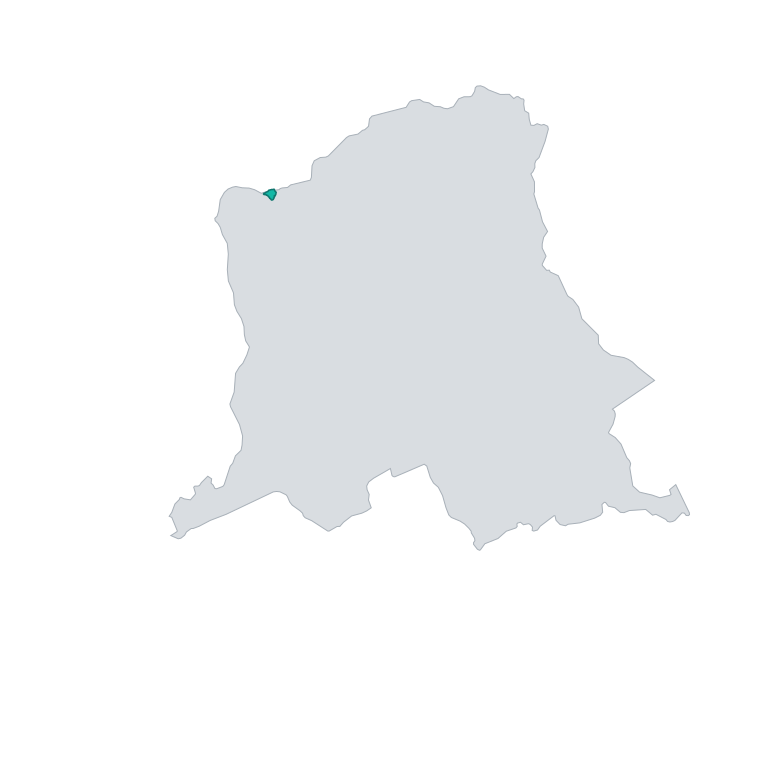 Gbadolite, Équateur, Democratic Republic of the Congo (highlighted), rotated 335°
{"feature_id": "63176286B98421000452360", "entity_name": "Gbadolite", "entity_type": "district", "adm_level": 2, "iso_a3": "COD", "parent_name": "Democratic Republic of the Congo", "parent_adm1": "Équateur", "projection": "albers", "projection_center": [20.879, 4.254], "detail": "fine", "context": "in_parent", "style": "filled", "palette": "teal", "viewbox_px": 768, "rotation_deg": 335, "n_neighbors": 0, "source": "geoboundaries", "source_scale": "gbopen_adm2", "svg_char_len": 5405}
<svg xmlns="http://www.w3.org/2000/svg" viewBox="0 0 768 768"><g transform="rotate(335 384 384)"><path d="M630.7,495.1L580.4,503.3L581.4,506.0L580.9,508.9L579.7,511.2L574.6,517.2L567.0,522.8L567.0,524.1L570.9,530.2L573.4,538.6L572.9,553.3L574.0,557.3L573.9,560.4L571.3,563.9L566.4,581.5L569.9,590.0L580.0,597.9L585.9,603.7L595.9,605.7L597.5,605.4L598.1,600.5L605.9,598.5L606.3,629.7L605.7,631.5L604.3,631.9L602.3,630.9L601.7,628.0L599.6,626.7L590.0,630.6L587.5,630.6L584.8,629.9L582.9,628.4L582.3,626.0L575.4,617.0L572.0,616.4L568.2,608.3L552.9,602.4L547.1,602.0L544.0,600.2L541.0,593.7L535.8,589.6L534.7,585.0L533.6,584.3L530.6,585.3L528.0,592.6L524.6,594.4L518.3,594.6L502.7,592.6L491.6,588.9L488.6,589.2L484.2,585.8L482.3,580.2L483.3,575.8L482.5,575.2L465.5,578.9L461.4,581.2L457.6,580.6L456.4,579.4L458.1,576.4L457.2,573.2L456.0,571.7L450.9,570.5L449.3,567.0L446.3,566.5L445.3,567.0L444.5,569.4L442.7,570.2L432.6,569.1L422.0,572.2L407.9,571.4L401.2,575.1L400.2,575.0L398.8,573.2L397.4,567.2L398.1,565.6L400.2,564.4L400.9,562.0L400.2,555.8L400.8,554.3L400.0,550.7L397.9,545.0L395.0,540.4L388.6,533.4L387.4,530.1L387.9,522.3L389.9,509.9L389.6,500.6L387.0,494.6L386.5,488.1L388.1,476.4L386.5,473.7L354.6,472.7L353.2,471.8L352.6,470.2L354.1,463.3L334.7,465.0L328.8,466.3L325.2,469.1L324.0,472.7L323.9,477.8L320.9,482.6L320.1,490.8L314.7,491.7L309.3,491.7L298.9,489.9L288.8,492.2L283.8,494.4L281.2,493.3L272.1,494.1L270.9,493.5L260.7,477.3L256.0,471.9L255.2,469.2L255.6,466.7L254.3,463.4L249.6,455.0L248.7,451.1L248.9,445.0L248.4,443.0L244.1,437.7L241.2,436.0L238.1,435.0L186.0,435.4L168.8,434.2L156.3,434.8L149.9,434.3L148.2,433.5L142.4,434.6L139.4,436.8L134.8,437.9L132.1,437.3L126.7,431.3L134.1,430.3L134.6,429.7L135.3,415.2L133.4,413.1L137.4,410.7L143.8,404.4L149.9,402.1L150.8,400.9L152.1,400.9L154.3,403.6L159.6,407.2L166.3,404.2L167.0,403.3L167.9,397.1L169.5,396.6L172.3,397.9L173.9,398.0L176.8,396.2L185.3,393.1L187.7,397.1L185.4,400.7L186.4,403.3L186.6,407.3L188.0,408.2L194.6,408.7L196.6,407.7L209.9,393.5L213.4,391.9L219.0,386.3L226.4,383.7L229.6,379.3L233.9,371.3L235.9,359.7L235.3,339.7L235.9,337.0L244.8,328.0L254.0,311.6L260.2,307.4L264.8,305.6L272.0,299.7L277.7,293.6L276.9,286.4L278.3,280.3L281.4,272.7L282.4,264.5L281.4,256.0L281.9,249.0L286.1,237.8L286.5,224.9L290.3,214.2L297.8,200.5L301.4,190.3L300.7,180.3L301.8,172.9L301.4,168.5L300.0,164.7L300.7,162.3L303.6,161.4L307.1,157.6L313.5,147.7L320.3,142.9L325.1,141.4L330.0,141.6L333.2,142.4L338.5,146.3L344.5,149.4L348.9,153.3L353.4,159.3L364.0,160.6L368.6,162.8L371.3,163.6L372.4,163.0L374.6,163.3L379.6,165.1L383.6,164.1L403.3,168.1L405.5,166.1L411.0,155.8L415.1,152.2L421.9,151.8L427.1,153.8L429.9,153.8L454.1,144.8L457.2,144.4L466.0,146.5L471.7,145.0L474.0,145.4L478.9,143.9L482.9,137.6L486.3,136.1L521.0,142.6L526.3,139.2L528.8,138.9L536.6,141.2L539.0,145.0L543.6,148.2L547.0,153.6L552.2,156.5L554.8,159.4L557.9,161.4L564.2,162.0L572.2,157.1L577.9,157.5L583.6,160.1L585.5,160.0L589.8,157.1L592.0,154.0L594.2,153.3L597.6,154.6L600.4,157.4L602.9,161.5L611.7,170.7L620.1,174.5L622.3,180.2L625.3,179.6L626.9,180.1L629.1,183.7L630.6,184.4L630.9,185.9L628.9,189.3L627.0,195.8L629.6,199.7L627.5,205.5L626.5,211.5L629.2,213.0L632.8,212.8L636.0,215.9L638.6,216.3L641.3,219.6L640.7,222.4L632.5,232.2L620.2,244.3L616.0,245.8L613.8,248.0L612.3,251.5L608.7,254.5L605.9,255.7L605.8,264.3L601.7,273.3L600.1,275.1L598.0,289.6L598.4,292.1L596.2,304.0L596.7,314.9L590.7,318.5L586.6,323.9L584.8,327.7L584.9,336.6L578.1,342.2L577.6,343.4L579.4,349.7L581.9,350.7L582.0,352.8L587.7,359.5L587.6,380.3L587.9,382.3L590.9,387.2L592.9,396.6L590.9,408.5L598.8,430.3L595.5,438.3L597.2,445.9L601.9,453.9L612.8,461.6L615.7,464.8L618.5,469.2L621.1,475.9L630.7,495.1Z" fill="#d9dde1" stroke="#a8b0b8" stroke-width="1"/><path d="M366.7,161.0L366.6,160.9L366.4,160.9L366.2,160.9L365.8,160.9L365.4,160.8L364.9,160.4L364.6,160.3L364.4,160.2L363.9,160.2L363.4,160.2L363.2,160.0L362.8,159.9L362.5,159.9L362.1,159.9L361.6,159.7L361.4,159.7L361.2,159.9L360.5,160.2L360.4,160.3L360.1,160.5L359.7,160.4L359.3,160.4L358.9,160.4L358.7,160.4L358.4,160.4L358.1,160.4L357.9,160.4L357.1,160.5L356.4,160.6L356.2,160.6L356.0,160.4L355.7,160.5L355.3,160.8L355.1,160.9L355.1,161.0L355.2,161.3L355.4,161.7L355.7,161.8L355.9,161.8L356.1,161.9L356.2,162.0L356.5,162.1L356.8,162.3L357.2,162.5L357.3,162.8L357.1,163.0L357.4,163.4L357.5,163.5L358.0,163.7L358.1,163.8L358.3,164.1L358.2,164.4L358.2,164.5L358.4,165.2L358.5,165.4L358.5,165.6L358.8,165.9L358.9,166.1L358.8,166.3L358.9,166.5L359.0,167.4L358.9,167.5L359.1,167.8L359.3,167.9L359.4,168.1L359.5,168.2L359.6,168.4L359.5,168.6L359.5,168.9L359.5,169.1L359.7,169.5L359.8,169.7L359.9,169.8L360.0,169.8L360.4,170.0L360.6,170.0L361.0,170.0L361.3,170.0L361.5,170.0L362.0,169.7L362.3,169.3L362.5,168.9L362.7,169.0L362.8,169.0L362.8,168.9L363.0,168.8L363.1,168.7L363.3,168.5L363.5,168.3L363.7,168.2L363.8,168.1L364.0,168.0L364.0,167.8L363.9,167.5L363.9,167.3L364.0,167.2L364.1,167.3L364.4,167.3L364.5,167.2L364.7,166.9L364.9,166.9L365.0,166.8L364.6,167.7L364.8,167.5L365.0,167.4L365.2,167.2L365.4,167.0L365.5,166.9L365.8,166.7L366.1,166.4L366.3,166.1L366.5,165.8L366.6,165.6L366.8,165.4L366.9,165.2L367.0,165.1L367.1,164.9L367.3,164.7L367.2,164.4L367.0,164.0L367.0,163.7L366.9,163.6L366.7,163.4L366.7,163.2L366.7,162.7L366.8,162.4L366.7,161.8L366.8,161.6L366.8,161.4L366.7,161.0Z" fill="#14b8a6" stroke="#0f766e" stroke-width="1.5"/></g></svg>